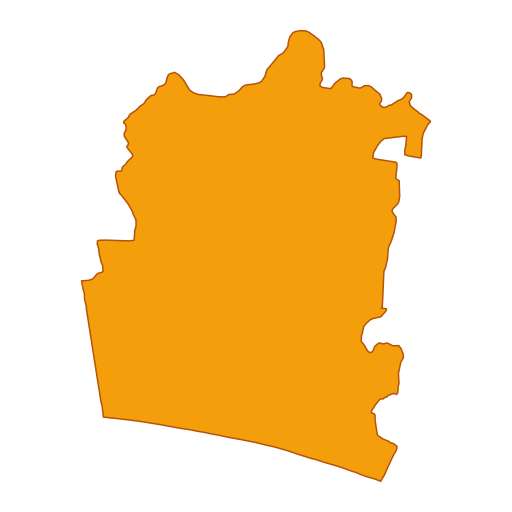 Taxisco, Santa Rosa, Guatemala
{"feature_id": "79465075B64159565485617", "entity_name": "Taxisco", "entity_type": "district", "adm_level": 2, "iso_a3": "GTM", "parent_name": "Guatemala", "parent_adm1": "Santa Rosa", "projection": "orthographic", "projection_center": [-90.543, 14.04], "detail": "fine", "context": "isolated", "style": "filled", "palette": "amber", "viewbox_px": 512, "rotation_deg": 0, "n_neighbors": 0, "source": "geoboundaries", "source_scale": "gbopen_adm2", "svg_char_len": 5244}
<svg xmlns="http://www.w3.org/2000/svg" viewBox="0 0 512 512"><path d="M81.6,280.9L83.0,288.8L84.4,293.6L84.5,298.6L86.5,307.6L86.3,308.7L86.9,312.1L97.6,380.4L99.5,392.1L100.8,400.8L102.2,406.6L103.4,417.1L109.0,417.7L122.8,419.2L129.5,420.0L138.1,421.1L145.2,422.2L153.8,423.6L160.2,424.6L169.1,426.3L183.5,428.8L190.5,429.8L197.7,431.3L205.0,432.5L211.4,433.9L217.1,434.9L220.2,435.5L226.0,436.8L230.8,437.8L234.0,438.3L238.2,439.1L240.8,439.5L246.0,440.6L252.1,441.8L255.2,442.4L269.6,445.9L272.6,446.5L276.8,447.6L283.4,449.5L287.9,450.8L297.8,454.2L304.8,456.4L308.2,457.5L310.6,458.3L315.4,459.4L323.5,462.1L330.3,464.1L336.6,465.9L339.7,466.9L344.7,468.6L351.5,471.1L354.9,472.1L356.5,472.6L357.8,473.2L359.3,474.0L361.5,474.8L367.0,476.8L371.0,477.9L375.8,479.3L380.7,481.3L381.9,479.1L384.4,475.0L387.8,467.2L393.8,454.4L395.6,451.7L396.9,448.3L397.0,446.4L393.6,443.6L390.1,442.6L388.8,441.3L383.0,439.0L378.8,436.2L377.5,435.1L376.9,432.1L375.1,420.5L375.1,415.2L374.3,413.9L371.4,412.8L372.0,409.7L373.6,408.0L375.3,405.0L379.8,399.4L381.6,398.7L383.0,399.0L385.4,397.1L386.9,396.9L388.1,395.5L389.6,395.1L392.3,393.7L395.0,393.7L396.6,394.4L397.8,392.4L398.4,385.2L398.8,384.5L399.0,382.7L398.6,377.5L398.5,373.2L400.7,362.5L403.5,357.4L403.0,353.2L401.7,350.7L401.7,349.5L398.8,345.6L392.8,345.8L388.7,343.7L387.0,343.0L382.9,343.9L380.0,343.0L378.2,343.4L374.5,346.7L373.3,350.3L372.0,352.0L369.9,352.7L366.9,350.4L366.8,349.2L365.6,348.0L365.3,346.5L362.1,342.4L361.2,341.1L361.5,335.1L362.0,334.5L363.8,326.4L366.7,323.0L370.6,319.4L371.7,319.4L372.4,318.7L380.8,316.8L385.1,312.0L385.8,311.2L386.3,310.0L386.4,308.9L381.3,307.9L382.2,306.8L382.5,303.3L383.9,271.4L385.5,267.5L387.5,259.0L388.2,249.1L388.9,246.2L391.2,241.4L394.1,232.5L396.2,221.1L396.0,216.9L395.3,216.1L392.0,211.5L392.2,210.5L392.4,209.8L392.8,209.1L393.2,208.4L394.5,207.1L397.8,203.7L398.7,201.9L399.7,196.7L399.2,180.8L398.2,180.1L396.9,179.4L396.2,178.8L395.7,178.2L397.0,166.5L397.0,163.3L396.0,162.2L375.5,159.0L372.8,157.9L373.5,152.8L377.7,145.3L379.4,143.3L380.1,142.2L380.7,141.4L384.2,138.6L403.7,136.2L406.6,136.6L405.8,145.4L404.8,150.2L404.8,154.7L408.4,155.9L420.7,158.0L421.3,155.8L422.1,139.1L423.3,133.1L423.7,132.5L428.0,124.3L430.1,122.2L430.4,121.1L420.7,113.8L419.6,113.6L417.5,111.4L415.8,110.3L414.5,109.4L412.0,107.1L410.0,105.3L409.9,103.8L409.1,102.4L409.3,101.7L411.6,97.7L411.6,94.7L411.0,93.8L410.1,93.2L408.9,92.6L407.5,92.6L406.8,93.0L406.3,93.9L405.4,95.1L404.6,96.5L401.6,99.3L399.3,100.1L398.0,100.6L391.1,105.1L389.2,105.3L386.0,107.2L382.9,107.4L379.8,104.8L379.8,103.3L381.5,101.0L381.7,98.7L379.8,94.1L373.3,88.8L371.5,87.0L368.8,85.7L364.3,85.6L363.6,86.1L362.7,86.9L360.0,88.1L353.4,86.8L351.9,85.6L352.2,82.2L351.6,80.4L349.7,78.6L342.9,78.0L340.2,79.0L335.1,83.0L332.5,86.6L330.5,88.6L322.6,87.5L320.0,85.9L320.1,83.3L322.3,79.8L322.3,77.5L321.4,76.3L321.4,72.5L323.9,68.8L324.6,66.8L323.7,49.7L321.5,42.9L321.1,42.3L320.4,41.3L319.6,40.7L318.3,39.1L311.7,34.2L308.2,31.8L305.4,30.8L300.1,30.7L295.6,31.5L293.0,32.6L289.7,37.2L288.4,41.9L287.9,46.4L285.8,49.6L283.0,53.1L278.6,55.6L270.9,65.1L267.0,69.5L264.8,76.6L262.8,79.4L261.8,81.0L259.4,82.7L254.3,84.0L245.7,85.0L242.5,86.7L238.9,90.8L234.4,94.0L228.7,94.6L225.3,96.9L218.8,96.8L211.5,95.9L210.2,95.7L198.4,94.5L193.7,92.9L189.7,90.2L183.5,79.9L180.8,76.9L179.5,75.5L178.2,74.5L176.5,73.4L174.2,72.3L173.6,72.7L172.1,73.2L171.2,73.4L170.4,73.6L169.5,74.0L168.6,74.6L167.7,76.2L167.4,77.1L167.0,78.1L166.6,79.6L166.4,80.9L166.2,81.8L165.7,83.0L165.1,83.8L164.6,84.3L163.9,84.9L162.9,85.4L162.0,85.7L161.0,86.1L160.1,86.4L159.3,86.6L158.3,87.2L157.6,88.0L157.0,89.2L156.8,89.9L156.5,90.6L156.3,91.4L155.9,92.5L155.6,93.2L154.9,94.2L154.1,94.9L153.4,95.1L152.2,95.3L151.4,95.4L150.5,95.9L149.8,96.5L149.3,97.0L148.7,97.6L148.1,98.2L147.3,98.8L146.3,99.7L145.6,100.9L145.1,101.7L144.4,102.8L143.6,103.8L142.6,104.5L141.4,105.3L140.1,106.1L139.4,106.8L138.3,108.0L137.5,108.9L136.6,109.7L135.6,110.6L134.1,111.5L133.0,112.2L131.5,113.3L130.7,113.7L130.0,114.2L129.3,115.2L129.0,115.9L128.6,116.9L128.0,117.8L127.4,118.3L126.8,118.8L126.2,119.4L125.4,119.9L124.5,120.6L123.7,121.7L123.7,122.9L124.7,123.6L125.3,124.1L125.9,125.4L126.0,126.8L126.1,128.4L126.2,129.7L125.6,130.5L125.2,131.3L124.8,132.2L124.2,133.5L124.1,134.2L124.2,135.4L124.5,136.5L124.9,137.2L125.5,138.2L126.4,139.5L127.2,140.8L127.8,141.5L128.3,142.6L128.4,143.8L128.1,144.7L127.5,145.6L127.0,146.0L126.9,147.3L127.3,147.9L128.0,148.7L128.4,149.3L128.8,149.8L129.2,150.4L130.4,151.8L131.2,152.8L131.9,153.6L132.5,154.8L132.6,156.1L132.1,157.2L130.4,158.7L129.4,159.6L128.4,160.6L127.5,161.6L127.1,162.1L126.6,162.7L126.3,163.4L125.7,164.2L124.9,165.0L123.9,165.7L123.3,166.1L122.6,167.0L122.3,167.6L122.0,169.0L121.9,170.0L121.4,170.8L120.2,171.2L118.6,171.1L117.5,171.1L116.2,171.6L115.5,176.0L118.9,191.8L119.6,193.5L121.6,195.5L128.2,204.1L132.5,211.6L133.0,213.8L135.9,219.6L136.1,225.7L134.8,230.5L134.1,240.3L128.9,240.9L106.0,240.1L98.9,240.3L97.5,240.9L97.2,244.2L98.6,248.2L99.3,254.6L101.4,263.0L102.6,265.2L103.0,271.5L102.2,272.1L101.5,272.4L99.7,272.8L97.7,273.5L96.7,274.3L93.1,278.7L90.8,279.6L88.8,280.3L81.6,280.9Z" fill="#f59e0b" stroke="#b45309" stroke-width="1.5"/></svg>